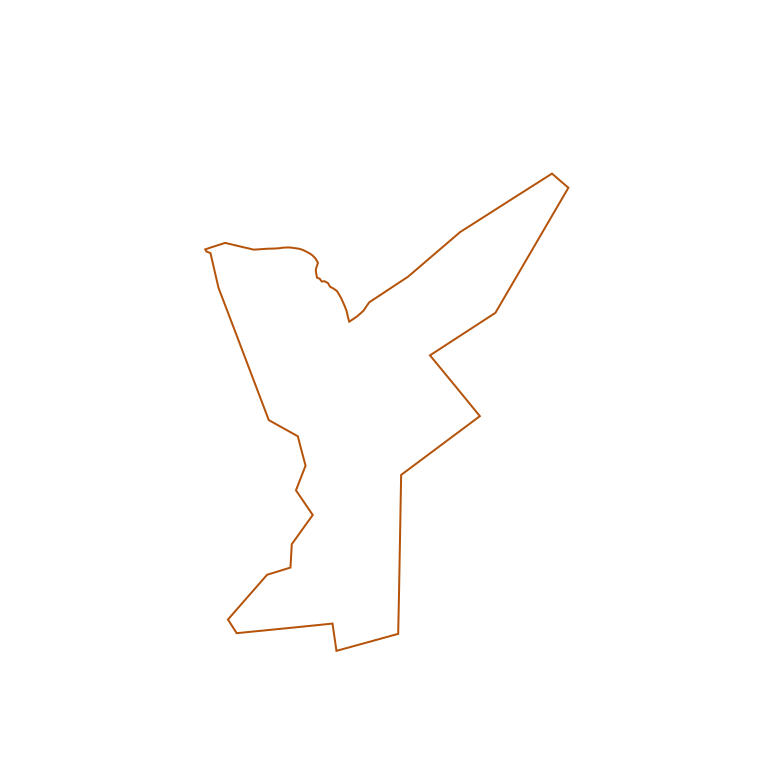 the district of São José do Peixe, Piauí, Brazil, rotated 235°
{"feature_id": "56859067B40995132660641", "entity_name": "São José do Peixe", "entity_type": "district", "adm_level": 2, "iso_a3": "BRA", "parent_name": "Brazil", "parent_adm1": "Piauí", "projection": "mercator", "projection_center": [-42.491, -7.517], "detail": "fine", "context": "isolated", "style": "outline", "palette": "amber", "viewbox_px": 768, "rotation_deg": 235, "n_neighbors": 0, "source": "geoboundaries", "source_scale": "gbopen_adm2", "svg_char_len": 1066}
<svg xmlns="http://www.w3.org/2000/svg" viewBox="0 0 768 768"><g transform="rotate(235 384 384)"><path d="M557.7,303.6L506.1,290.6L420.5,268.9L392.9,282.3L390.6,283.4L379.6,279.3L362.1,272.9L347.4,250.9L317.6,250.5L305.7,216.6L287.3,202.1L294.8,178.8L280.6,121.1L264.4,120.4L223.7,192.9L217.3,204.4L192.7,192.0L171.2,252.3L206.6,278.2L299.7,345.9L302.7,444.1L350.4,440.5L352.7,440.3L381.1,438.1L378.4,516.1L439.0,647.6L451.5,644.4L460.0,642.3L462.1,595.9L464.8,533.5L458.1,465.1L459.4,418.8L457.9,414.7L455.9,409.5L455.4,406.1L454.8,400.2L455.0,391.3L459.9,393.0L464.8,395.1L470.9,396.6L479.2,398.2L487.2,398.8L491.3,397.3L494.7,395.6L498.8,396.0L502.2,394.3L503.7,391.8L507.1,391.7L509.6,390.1L516.3,393.3L518.2,395.4L521.1,399.4L526.1,399.9L530.2,399.2L532.7,398.4L536.8,396.4L540.4,394.4L543.3,392.2L546.8,388.5L549.3,385.8L550.8,383.9L553.4,379.8L555.4,375.9L558.0,371.6L561.5,366.4L567.8,355.9L569.1,354.0L573.5,350.2L576.3,347.6L590.7,334.8L595.0,321.0L596.8,314.8L594.5,314.5L590.7,316.9L557.7,303.6Z" fill="none" stroke="#b45309" stroke-width="2"/></g></svg>